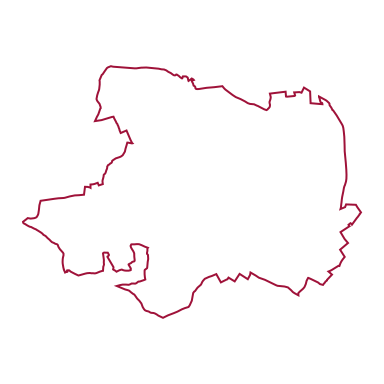 the district of Breaza, Mures, Romania
{"feature_id": "2599482B97125721740240", "entity_name": "Breaza", "entity_type": "district", "adm_level": 2, "iso_a3": "ROU", "parent_name": "Romania", "parent_adm1": "Mures", "projection": "mercator", "projection_center": [24.592, 46.763], "detail": "fine", "context": "isolated", "style": "outline", "palette": "rose", "viewbox_px": 384, "rotation_deg": 0, "n_neighbors": 0, "source": "geoboundaries", "source_scale": "gbopen_adm2", "svg_char_len": 5911}
<svg xmlns="http://www.w3.org/2000/svg" viewBox="0 0 384 384"><path d="M299.8,291.6L303.1,288.7L304.2,287.4L304.6,286.8L305.8,284.0L306.6,280.8L308.1,277.9L308.4,277.9L310.9,279.0L318.1,282.5L320.0,284.1L323.0,284.9L324.0,283.5L324.8,282.7L325.6,281.4L326.2,281.1L327.0,280.4L327.0,279.9L332.0,274.6L328.5,271.5L329.3,271.2L331.4,270.2L338.5,265.8L339.4,266.0L340.4,263.3L341.3,261.5L342.7,259.4L344.7,256.9L340.1,249.7L348.0,243.0L344.6,239.0L340.5,232.1L349.5,226.2L349.0,225.7L348.5,224.8L350.2,223.4L350.6,223.2L351.9,224.4L352.0,224.6L356.9,217.9L357.7,217.0L359.9,214.0L359.8,213.9L361.0,212.4L357.4,207.3L355.9,204.8L346.1,204.4L345.1,207.1L340.5,209.0L340.9,207.6L341.3,203.9L341.5,202.5L341.8,199.5L342.2,196.8L343.3,191.5L343.9,188.0L344.4,186.2L344.9,185.2L346.0,181.5L346.2,180.2L346.4,178.7L346.5,174.9L346.3,169.6L345.8,162.8L344.7,151.3L344.6,145.6L344.3,136.8L343.8,131.7L343.3,127.9L342.7,125.7L341.9,124.2L336.7,115.5L333.1,110.3L332.5,110.1L331.3,107.6L329.7,105.4L329.5,104.8L329.5,103.8L329.2,103.2L328.6,102.6L327.0,101.1L325.8,100.2L319.0,96.5L319.0,97.0L319.4,97.9L320.3,101.4L320.7,102.3L321.2,102.7L322.0,102.9L322.3,103.4L322.4,104.2L310.6,103.2L310.1,91.4L304.0,87.6L301.5,92.7L299.5,92.1L294.2,92.4L295.1,95.5L294.8,95.8L294.3,96.0L287.0,96.7L286.0,96.5L285.6,91.7L269.9,93.6L270.7,96.9L270.7,97.7L270.4,99.3L269.5,102.0L269.6,103.2L270.0,104.8L269.9,106.0L269.7,106.9L269.0,107.9L268.0,108.8L267.5,109.5L266.5,110.1L264.2,109.3L257.7,105.9L256.8,105.6L254.1,104.3L249.9,103.9L247.7,103.1L245.0,101.4L240.6,99.1L235.8,97.1L232.6,95.0L225.3,89.5L224.1,88.3L222.4,86.2L214.1,87.2L206.7,87.8L199.0,89.0L197.6,89.1L196.2,89.0L195.5,88.4L195.3,87.1L194.8,86.3L193.6,85.6L193.0,83.4L192.4,82.4L191.8,81.1L191.8,80.7L193.8,80.0L193.4,79.5L192.1,78.7L191.7,78.5L190.3,79.7L188.5,80.9L188.4,80.7L187.7,77.6L186.2,76.5L185.4,76.4L182.9,76.4L182.7,76.8L182.5,77.9L182.1,78.4L181.9,78.4L180.0,77.1L178.9,76.0L176.7,74.5L176.2,74.5L175.7,75.1L175.0,75.4L173.8,75.2L172.7,74.5L170.7,73.0L168.4,71.9L166.3,70.4L164.1,69.5L161.4,69.3L158.7,68.7L146.3,67.5L141.0,67.7L136.6,68.3L134.1,68.3L113.1,66.7L110.9,66.2L107.9,67.4L106.9,68.1L104.5,71.5L102.7,74.2L101.7,75.0L99.5,80.3L99.7,81.6L99.7,84.6L99.2,89.1L98.9,90.3L98.1,92.4L97.2,95.3L96.5,99.0L96.9,100.2L97.5,101.3L99.5,103.8L100.3,106.1L100.6,106.9L100.7,108.2L100.3,108.6L98.3,114.4L96.9,116.9L95.0,121.1L101.6,120.1L111.8,117.0L113.5,116.7L114.2,118.4L116.0,121.8L116.5,123.0L117.4,124.1L117.7,125.1L118.4,126.4L118.7,127.6L119.3,129.0L119.6,130.4L120.7,133.0L126.5,130.5L130.6,140.1L132.1,143.0L132.4,143.3L132.0,143.4L127.9,142.6L127.3,142.6L126.7,144.8L125.5,148.8L124.9,151.6L122.8,155.1L122.5,155.4L120.8,156.6L119.6,157.1L115.7,158.4L112.7,160.4L112.2,160.8L112.0,161.9L111.5,162.8L110.9,163.2L110.2,163.5L109.3,164.5L108.2,165.0L107.2,166.6L107.2,167.8L106.8,169.2L106.3,170.3L105.6,172.7L105.0,173.7L104.0,174.5L103.7,175.0L103.6,176.4L103.1,178.5L102.6,180.2L102.5,181.5L102.8,184.1L98.8,185.4L97.7,182.8L94.7,183.9L93.0,184.3L90.5,184.5L90.5,187.8L89.8,187.4L87.5,186.9L85.0,186.8L84.0,194.7L78.9,195.2L74.8,195.4L69.8,196.4L64.8,197.8L63.3,198.0L58.3,198.3L54.3,198.8L40.6,200.8L39.4,205.2L38.9,210.0L38.3,213.9L37.7,215.4L37.0,216.5L36.7,217.0L35.7,217.7L34.1,218.2L30.7,218.6L27.7,218.1L26.4,219.2L23.0,221.8L23.2,222.8L24.1,223.6L25.6,224.3L26.2,224.8L28.3,226.0L29.7,226.7L31.1,227.0L33.9,228.5L36.2,229.5L37.0,230.1L37.6,230.4L41.1,232.6L42.5,233.7L43.4,234.8L45.6,236.0L47.6,238.1L49.5,239.7L50.7,241.0L51.9,242.1L54.2,243.1L55.1,243.7L57.1,244.3L57.5,244.6L57.8,245.0L58.2,246.2L58.6,247.2L59.9,249.2L63.0,252.7L63.5,253.6L63.5,254.3L63.5,255.3L62.9,257.8L62.7,259.4L62.6,262.0L62.7,263.6L63.4,267.8L63.8,269.1L64.0,269.7L63.9,269.8L65.1,272.5L66.4,271.7L66.8,272.0L67.2,271.9L67.3,271.8L67.2,271.7L66.7,271.4L67.1,270.4L68.0,270.3L69.0,270.3L69.4,270.5L70.6,271.6L75.0,273.9L78.4,275.5L80.7,274.9L85.3,273.6L87.1,273.2L89.8,273.0L91.8,273.3L92.8,273.2L94.5,273.4L95.5,273.3L96.6,273.0L99.7,271.7L102.3,270.9L103.0,270.8L103.3,266.6L103.6,265.9L104.0,264.5L103.8,262.5L103.9,260.2L103.8,259.2L103.0,253.3L104.0,252.6L107.8,252.7L108.9,254.8L108.8,255.4L108.1,256.2L107.5,256.5L107.4,256.8L113.4,267.0L113.5,267.6L113.1,269.4L113.3,269.6L115.3,270.7L116.5,271.7L119.5,270.2L121.5,269.6L122.2,269.7L123.0,270.1L124.5,270.5L126.3,270.7L128.5,270.7L130.3,270.3L130.8,270.0L130.8,269.6L130.6,269.0L130.8,268.4L128.6,264.7L128.6,264.4L129.1,264.0L131.0,263.1L132.3,261.9L134.3,261.3L134.5,261.0L134.7,260.3L134.3,256.8L134.2,253.3L133.4,251.4L132.0,249.2L131.3,248.0L130.7,246.5L130.6,245.8L131.0,245.1L131.2,244.5L131.7,244.3L134.8,244.3L137.0,244.1L139.1,244.2L141.7,245.2L144.9,246.7L147.9,247.8L147.6,248.2L147.4,248.9L147.4,250.8L147.0,252.9L147.0,253.8L147.5,254.3L147.9,254.8L148.0,255.4L148.2,259.0L147.7,261.9L147.2,267.6L147.0,268.2L144.8,269.9L144.6,270.6L144.6,274.2L144.9,277.4L145.3,279.5L143.9,280.1L139.8,281.5L138.9,281.5L138.2,281.7L136.3,283.2L135.3,283.6L131.7,283.5L129.7,284.5L128.6,284.8L126.1,284.6L122.7,284.6L120.0,285.1L116.8,286.0L125.0,289.4L127.9,290.2L129.2,290.7L130.9,292.2L133.1,293.9L134.1,294.4L134.9,295.3L137.2,298.6L139.3,300.7L141.4,303.5L142.7,307.0L143.9,309.0L144.9,310.2L146.3,310.9L148.7,311.5L150.1,312.4L151.1,312.8L153.6,313.0L155.0,313.5L156.8,314.5L158.3,315.6L163.0,317.8L168.1,315.3L173.9,313.1L177.5,311.6L181.9,309.3L184.9,308.1L188.5,307.0L189.7,305.3L191.8,300.7L193.2,293.0L194.2,291.6L195.1,291.0L195.6,290.3L197.1,288.2L197.8,287.4L200.9,284.7L201.5,283.6L202.1,282.2L203.0,280.8L204.8,278.8L209.0,276.9L211.8,276.0L216.3,274.1L220.9,282.4L226.7,279.5L227.4,279.3L228.5,277.6L234.7,281.4L239.6,273.9L247.8,279.2L250.1,274.9L250.5,272.5L255.8,275.6L258.9,277.7L264.9,279.8L276.0,285.2L277.5,285.8L284.5,286.5L287.9,287.4L291.1,290.2L292.9,292.1L294.9,293.4L298.4,295.3L298.3,293.5L298.3,293.3L298.6,292.8L299.8,291.6Z" fill="none" stroke="#9f1239" stroke-width="2"/></svg>